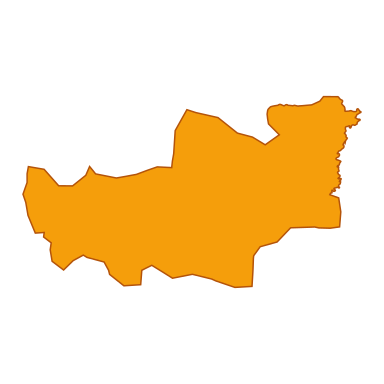 Tariat, Arhangay, Mongolia (Albers equal-area conic projection)
{"feature_id": "93677404B47373317082591", "entity_name": "Tariat", "entity_type": "district", "adm_level": 2, "iso_a3": "MNG", "parent_name": "Mongolia", "parent_adm1": "Arhangay", "projection": "albers", "projection_center": [100.344, 48.242], "detail": "fine", "context": "isolated", "style": "filled", "palette": "amber", "viewbox_px": 384, "rotation_deg": 0, "n_neighbors": 0, "source": "geoboundaries", "source_scale": "gbopen_adm2", "svg_char_len": 5945}
<svg xmlns="http://www.w3.org/2000/svg" viewBox="0 0 384 384"><path d="M52.1,261.3L63.6,270.0L73.2,260.6L83.3,255.1L87.0,257.4L104.1,262.0L108.6,270.3L109.6,274.4L123.9,285.8L126.6,285.6L140.7,284.7L141.8,270.3L145.9,268.2L151.8,265.3L162.8,272.1L172.5,278.2L192.4,274.3L211.6,279.0L215.8,280.9L234.9,287.4L252.0,286.4L252.8,273.1L253.0,269.2L253.4,258.3L253.7,255.7L260.2,246.7L277.1,242.0L290.6,227.8L314.7,227.0L318.9,227.9L330.2,228.2L339.6,226.9L340.8,211.9L338.7,197.9L329.8,194.7L330.0,194.3L330.3,193.7L330.5,193.3L330.8,193.1L331.1,193.0L331.3,193.0L331.6,193.0L331.9,192.9L332.0,192.8L332.0,192.4L332.0,192.1L331.9,191.8L331.8,191.4L331.8,191.2L331.8,190.8L331.9,190.5L332.0,190.3L332.1,190.2L332.3,190.3L332.4,190.5L332.4,190.8L332.5,190.9L332.8,190.9L333.0,190.9L333.3,191.0L333.6,191.3L333.8,191.3L334.0,191.3L334.3,191.3L334.7,191.1L335.0,191.0L335.3,190.7L335.4,190.3L335.3,190.1L335.1,189.9L334.7,189.7L334.3,189.4L334.0,189.2L333.9,189.0L333.9,188.8L334.0,188.6L334.1,188.3L334.4,188.1L334.7,188.1L335.1,188.0L335.5,188.0L335.9,187.8L336.2,187.6L336.7,187.5L337.3,187.4L337.9,187.5L338.3,187.6L338.6,187.8L339.0,188.0L339.4,187.8L339.5,187.5L339.4,187.2L339.1,187.0L338.8,186.8L338.7,186.7L338.5,186.4L338.6,185.9L338.7,185.5L338.9,185.0L339.2,184.5L339.5,184.3L339.8,184.1L340.1,184.0L340.2,183.8L340.3,183.4L340.4,182.9L340.4,182.7L340.5,182.4L340.6,182.1L340.6,181.8L340.4,181.7L340.2,181.7L339.9,181.6L339.4,181.5L339.5,181.1L339.6,180.9L339.9,180.6L340.1,180.5L340.4,180.3L340.7,180.1L340.9,179.7L341.0,179.4L341.1,178.9L341.1,178.7L340.7,178.5L340.1,178.6L339.7,178.7L339.4,178.9L339.0,178.9L338.5,178.7L338.1,178.4L338.4,177.9L338.6,177.7L339.2,177.4L339.5,177.1L339.8,176.7L340.0,176.1L340.0,175.8L340.0,175.5L339.8,175.2L339.4,175.0L338.9,174.7L338.7,174.5L338.5,174.4L338.3,173.9L338.0,173.4L337.7,173.0L337.6,172.8L337.6,172.4L337.7,172.1L337.9,171.8L338.2,171.7L338.5,171.5L338.8,171.3L339.0,171.0L339.0,170.7L338.9,170.4L338.7,170.0L338.6,169.4L338.5,169.0L338.5,168.6L338.5,168.1L338.6,167.7L338.7,167.2L338.5,166.8L338.3,166.8L337.9,166.8L337.6,167.0L337.3,166.9L337.2,166.7L337.4,166.1L337.5,165.9L337.7,165.7L338.0,165.5L338.6,165.3L339.0,165.1L339.3,164.8L339.4,164.4L339.4,164.1L339.6,163.5L339.7,163.0L340.1,162.6L340.4,162.2L340.6,161.8L340.8,161.4L340.5,161.1L340.1,160.9L339.8,160.8L339.4,160.6L339.0,160.4L338.4,160.3L338.3,160.1L337.9,160.0L337.6,159.9L337.2,159.9L336.9,159.8L336.5,159.6L336.2,159.4L336.1,159.1L336.0,158.7L336.1,158.3L336.5,157.9L337.1,157.5L337.8,157.2L338.3,156.9L338.6,156.8L338.8,156.4L339.0,156.1L339.3,155.6L339.5,155.2L339.5,154.7L339.4,154.3L339.2,153.9L338.9,153.7L338.6,153.6L338.4,153.6L338.1,153.7L337.6,153.8L337.4,153.8L337.3,153.7L337.4,153.1L337.8,152.7L338.1,152.2L338.4,151.7L338.7,151.3L338.9,151.0L339.1,150.9L339.3,150.9L339.5,150.8L339.8,150.7L340.1,150.7L340.5,150.5L340.9,150.0L341.2,149.8L341.4,149.6L341.6,149.4L342.0,149.0L342.5,148.6L343.0,148.3L343.4,147.9L343.7,147.6L343.9,147.0L344.0,146.6L343.9,145.9L343.7,145.1L343.6,144.7L343.1,144.8L343.1,144.2L343.5,143.7L343.8,143.1L344.5,142.0L345.1,143.0L345.5,141.0L346.1,139.9L346.9,139.0L347.3,138.1L347.0,137.8L346.4,137.4L346.0,136.8L346.1,135.3L345.2,133.9L344.5,133.4L344.6,132.8L345.1,132.2L345.8,131.4L346.0,131.0L345.9,130.4L345.8,130.1L345.6,129.8L345.4,129.4L345.4,128.6L345.4,128.0L345.4,127.5L345.6,127.2L345.9,126.8L346.4,126.6L346.8,126.6L347.2,126.5L348.3,126.2L349.0,125.8L349.5,125.8L349.9,126.1L349.9,126.5L349.8,126.8L349.6,127.2L349.6,127.4L349.5,127.5L349.9,127.9L350.3,128.0L350.5,128.0L350.7,127.8L350.9,127.4L351.2,126.9L351.4,126.1L351.8,125.4L352.2,125.1L352.6,124.9L353.0,124.8L353.5,124.9L354.1,125.2L354.6,125.3L355.3,125.1L355.8,124.7L356.2,124.5L356.5,124.4L356.8,124.2L357.1,123.9L357.1,123.4L357.0,123.1L357.2,122.8L357.5,122.0L358.4,121.2L359.0,120.7L359.7,120.5L360.1,119.9L360.0,119.5L359.6,119.3L359.3,119.3L359.0,119.1L358.9,119.2L358.6,119.3L358.4,119.4L358.1,119.3L357.4,119.0L356.7,118.6L356.2,118.2L355.8,117.8L355.3,117.7L355.4,117.1L355.8,116.7L356.1,116.3L356.5,115.8L356.6,115.2L357.0,114.5L357.3,114.4L358.0,114.0L358.3,113.9L358.7,113.6L359.1,113.3L359.6,113.0L360.0,112.8L360.3,112.7L360.6,112.6L361.0,112.0L360.8,111.8L360.4,111.5L360.1,111.5L359.9,111.5L359.8,111.1L359.1,110.2L358.8,109.9L358.5,109.3L358.1,108.9L357.7,108.8L357.3,108.9L357.1,109.0L356.9,109.3L356.7,109.7L356.8,110.2L356.7,110.6L356.6,110.9L356.4,111.2L356.0,111.5L355.5,111.6L355.0,111.6L354.3,111.6L353.2,111.5L352.0,111.1L351.2,110.7L350.2,110.7L348.9,111.1L345.4,111.3L345.0,111.1L344.9,111.0L344.8,110.5L345.1,109.9L344.9,109.3L344.9,108.6L344.7,107.6L344.3,106.7L343.8,106.2L343.1,105.4L342.4,104.7L341.9,104.2L341.7,103.7L341.7,103.3L341.9,103.0L342.0,102.6L342.2,102.3L342.4,102.0L342.6,101.4L342.6,100.8L342.3,100.3L341.8,100.1L341.2,99.8L340.7,99.5L340.2,99.2L339.4,98.3L338.6,97.2L337.9,96.7L323.5,96.6L319.8,101.2L313.9,103.9L311.8,104.8L311.4,104.9L306.8,105.3L302.4,105.7L299.4,105.9L298.9,105.9L298.5,106.1L298.0,106.1L296.6,105.8L295.0,105.4L294.2,105.3L293.7,105.5L292.8,105.8L292.5,105.8L291.9,105.6L291.1,105.6L289.8,105.4L289.3,105.4L288.6,105.4L288.0,105.2L287.6,105.1L287.3,104.8L287.0,104.7L286.8,104.6L286.3,104.7L285.8,104.8L285.2,105.1L284.9,105.4L284.4,105.7L283.9,105.8L282.3,105.2L281.3,104.7L280.3,104.4L279.6,104.4L279.4,104.4L279.0,104.6L277.8,105.3L274.6,105.8L272.6,106.2L270.8,106.7L270.2,107.1L269.5,107.8L268.6,108.7L268.0,109.5L267.6,110.7L267.1,114.1L267.6,118.7L268.5,123.9L279.3,134.8L265.2,144.8L252.5,137.1L237.4,133.1L218.0,117.6L195.9,112.6L186.9,109.7L175.2,130.6L173.7,153.7L172.4,161.1L171.7,167.6L157.2,166.9L147.1,170.4L136.4,174.4L131.4,175.3L126.7,176.2L116.4,178.0L95.6,173.9L93.2,170.9L89.6,166.5L85.8,175.3L72.6,185.9L58.7,185.8L44.1,169.3L28.4,166.6L27.1,173.7L27.1,182.5L23.0,194.2L25.8,202.5L28.0,215.4L35.3,233.1L44.2,232.5L43.6,237.0L51.2,242.8L50.2,249.8L52.1,261.3Z" fill="#f59e0b" stroke="#b45309" stroke-width="1.5"/></svg>